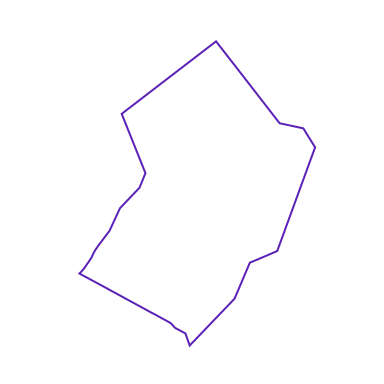 the district of São Francisco do Piauí, Piauí, Brazil, rotated 218°
{"feature_id": "56859067B40076274013085", "entity_name": "São Francisco do Piauí", "entity_type": "district", "adm_level": 2, "iso_a3": "BRA", "parent_name": "Brazil", "parent_adm1": "Piauí", "projection": "orthographic", "projection_center": [-42.497, -7.192], "detail": "fine", "context": "isolated", "style": "outline", "palette": "violet", "viewbox_px": 384, "rotation_deg": 218, "n_neighbors": 0, "source": "geoboundaries", "source_scale": "gbopen_adm2", "svg_char_len": 586}
<svg xmlns="http://www.w3.org/2000/svg" viewBox="0 0 384 384"><g transform="rotate(218 192 192)"><path d="M295.5,210.3L240.3,178.2L236.0,163.1L238.8,135.0L233.1,110.7L232.8,91.3L232.4,86.0L231.9,83.1L230.8,78.2L230.4,73.2L230.3,71.0L230.1,67.1L230.0,63.4L230.5,58.5L227.6,58.9L206.6,62.5L149.9,71.9L147.0,72.5L127.8,75.6L121.8,74.5L110.1,76.5L99.3,69.6L97.9,83.6L92.8,134.0L95.0,142.5L102.9,171.9L93.6,188.6L88.5,198.0L122.5,303.0L135.4,307.7L143.4,310.7L145.1,309.9L165.3,300.1L228.0,316.0L265.8,325.5L293.9,216.7L295.5,210.3Z" fill="none" stroke="#5b21b6" stroke-width="2"/></g></svg>